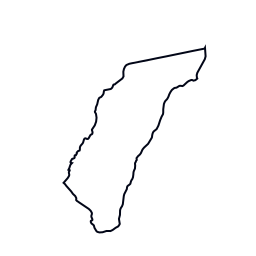 Arauca, orthographic projection, rotated 297°
{"feature_id": "COL-1420", "entity_name": "Arauca", "entity_type": "Intendancy", "adm_level": 1, "iso_a3": "COL", "parent_name": "Colombia", "parent_adm1": "", "projection": "orthographic", "projection_center": [-71.152, 6.563], "detail": "fine", "context": "isolated", "style": "outline", "palette": "ink", "viewbox_px": 256, "rotation_deg": 297, "n_neighbors": 0, "source": "natural_earth", "source_scale": "10m", "svg_char_len": 2741}
<svg xmlns="http://www.w3.org/2000/svg" viewBox="0 0 256 256"><g transform="rotate(297 128 128)"><path d="M49.9,95.5L55.9,97.0L58.3,97.2L59.5,97.0L60.2,96.5L60.9,95.9L61.9,95.3L62.7,95.3L63.5,95.4L63.9,95.2L63.7,93.9L65.8,93.9L67.5,93.6L69.3,93.4L71.3,94.0L71.0,92.8L71.5,92.2L72.4,92.1L74.9,92.2L75.5,92.6L75.9,93.2L76.8,93.8L77.3,93.9L77.8,93.7L78.8,93.1L79.4,93.0L79.8,93.3L80.0,93.7L80.1,93.9L81.6,94.0L81.6,93.9L82.9,93.5L84.6,93.9L86.0,95.1L86.9,94.9L88.8,94.0L89.9,93.8L91.1,93.9L93.4,94.5L94.6,94.6L97.7,94.0L98.8,94.1L99.4,94.6L99.6,95.5L99.6,96.4L100.0,97.2L101.0,97.6L104.5,97.7L105.4,98.1L106.0,98.6L106.7,98.8L108.0,98.4L108.9,97.7L109.5,97.0L110.2,96.6L115.3,97.2L119.2,96.7L122.9,95.3L126.0,93.1L126.7,92.1L127.1,91.4L127.7,91.0L129.2,91.0L131.9,90.0L135.1,89.8L139.5,88.7L141.6,88.7L142.1,88.9L143.2,89.8L143.8,90.1L146.3,90.6L147.5,90.6L149.6,89.9L150.7,89.7L151.2,90.2L154.9,94.9L155.7,95.3L156.8,95.6L157.6,95.6L159.3,95.4L160.0,95.4L160.3,95.6L160.7,96.3L161.0,96.5L162.1,96.9L169.6,100.5L171.9,100.6L176.0,98.3L178.7,97.6L181.4,97.5L183.4,98.0L185.8,100.0L187.1,101.6L192.6,108.6L198.1,115.6L203.7,122.6L209.2,129.6L214.8,136.6L220.3,143.5L225.9,150.5L231.4,157.5L233.5,160.2L234.4,160.2L227.1,164.6L224.2,165.2L208.7,164.7L206.3,165.2L204.2,166.5L203.5,167.3L201.2,166.3L199.9,164.8L199.9,163.6L199.7,162.9L199.1,162.2L197.4,160.8L196.0,160.0L191.1,158.2L190.1,157.5L189.8,156.6L189.5,155.8L189.1,155.0L188.6,154.5L186.4,153.2L185.8,152.7L185.0,151.5L184.4,151.0L182.0,149.9L180.9,149.7L179.1,149.5L176.5,149.5L174.4,149.8L172.5,149.8L171.4,149.7L169.1,149.0L167.6,148.9L165.7,149.1L160.7,150.9L157.7,152.4L156.2,152.9L153.4,152.8L149.6,153.1L144.0,154.0L140.0,154.0L139.6,153.8L136.7,152.5L135.4,152.3L133.9,152.5L132.4,152.9L130.8,153.5L130.0,153.6L123.0,153.1L117.8,151.2L115.4,150.7L111.4,150.9L109.7,150.6L107.4,149.7L105.0,149.3L103.5,150.3L102.3,150.1L101.1,150.3L100.3,150.2L99.5,150.4L97.7,151.5L95.0,152.6L92.8,152.7L91.4,152.9L90.3,153.3L89.2,153.8L86.4,154.8L84.5,155.0L82.9,154.8L81.6,154.9L79.4,155.4L78.4,155.1L76.4,154.1L75.7,153.9L74.6,154.1L73.0,154.7L67.4,154.7L65.6,155.1L57.7,158.0L55.4,158.2L54.1,158.0L52.6,158.0L51.1,158.3L46.9,160.3L42.9,161.2L38.8,164.2L37.6,164.2L35.8,163.9L33.5,162.3L30.5,160.8L29.3,160.0L28.2,159.1L26.5,155.6L23.6,152.7L22.0,150.0L21.6,148.1L21.6,147.4L21.9,146.5L23.8,143.5L25.7,141.8L26.2,140.0L26.3,139.0L26.7,138.3L27.3,137.6L27.9,137.2L28.3,137.1L28.6,137.2L29.0,137.6L29.4,137.9L30.0,138.0L30.6,137.6L31.3,136.8L32.0,135.9L32.7,135.4L33.5,135.1L34.5,135.0L35.8,134.5L36.6,133.4L37.3,132.3L38.1,129.8L39.8,115.8L40.3,114.5L42.0,113.8L43.4,111.9L44.3,108.8L45.7,106.2L48.5,99.1L49.3,97.6L49.8,95.9L49.9,95.5Z" fill="none" stroke="#020617" stroke-width="2"/></g></svg>